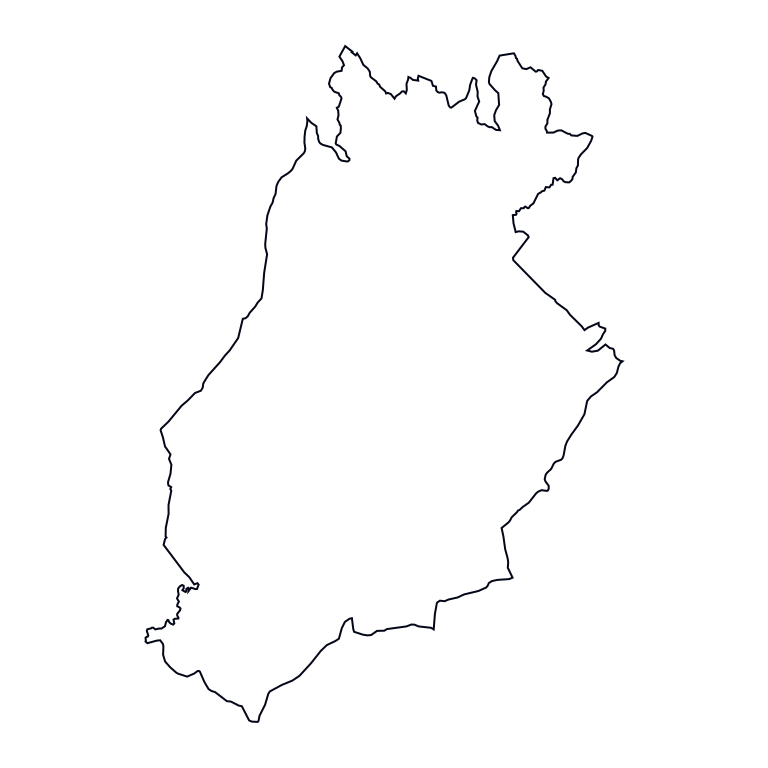 outline of Nemocón, Cundinamarca, Colombia
{"feature_id": "7082276B92321812623642", "entity_name": "Nemocón", "entity_type": "district", "adm_level": 2, "iso_a3": "COL", "parent_name": "Colombia", "parent_adm1": "Cundinamarca", "projection": "robinson", "projection_center": [-73.878, 5.094], "detail": "fine", "context": "isolated", "style": "outline", "palette": "ink", "viewbox_px": 768, "rotation_deg": 0, "n_neighbors": 0, "source": "geoboundaries", "source_scale": "gbopen_adm2", "svg_char_len": 6025}
<svg xmlns="http://www.w3.org/2000/svg" viewBox="0 0 768 768"><path d="M433.7,629.4L434.9,614.0L436.8,603.4L437.3,602.4L439.9,600.7L444.7,601.2L448.6,599.5L457.5,597.5L464.2,594.4L478.4,591.0L486.2,587.5L487.7,585.7L488.9,583.0L491.9,581.1L497.4,579.9L509.1,579.1L512.6,577.7L507.8,567.8L508.2,562.3L507.6,558.1L505.2,549.3L503.4,536.4L501.6,528.0L508.5,522.4L510.0,520.6L511.6,517.4L517.1,512.0L517.9,510.6L519.5,510.0L522.8,506.9L528.8,502.7L536.0,493.5L538.1,491.7L541.5,490.2L546.9,490.9L547.9,490.5L548.7,488.7L548.7,485.8L545.4,481.3L544.7,479.1L545.6,475.0L546.8,473.0L551.2,468.9L553.9,463.4L555.6,461.8L561.2,459.7L562.5,458.3L563.6,455.4L565.4,445.7L567.1,441.4L571.5,434.4L577.9,425.6L584.4,414.3L587.2,400.9L591.0,396.4L597.0,392.3L606.9,382.3L614.3,377.0L616.8,373.1L618.5,366.5L620.2,363.1L622.5,361.3L620.3,360.8L616.2,358.0L614.6,355.2L614.1,350.4L613.1,348.8L609.7,348.0L605.5,344.5L597.8,350.7L591.9,351.7L587.2,350.5L596.0,344.2L601.0,338.7L603.1,334.0L605.2,331.0L605.3,328.6L599.7,326.6L598.7,325.4L598.6,322.9L588.0,327.6L584.5,330.1L581.6,326.2L570.1,314.9L566.7,310.2L557.1,303.2L555.4,301.3L555.1,299.8L545.3,292.9L513.3,260.2L513.0,257.7L528.7,237.1L527.9,235.4L523.3,231.7L518.8,231.3L515.7,232.1L513.5,223.2L512.8,215.1L516.0,214.8L516.6,213.7L516.1,212.3L516.4,211.0L519.0,211.2L521.0,208.2L523.7,208.2L524.8,206.7L525.5,206.6L527.7,208.2L528.7,208.1L530.3,205.7L533.4,203.4L538.1,193.9L541.1,192.2L541.7,191.4L544.4,190.6L545.8,187.1L549.4,187.4L551.1,184.8L552.6,184.7L553.5,178.2L555.1,177.8L557.3,180.3L560.1,178.2L562.2,179.3L563.7,181.4L565.6,182.2L569.2,182.4L571.3,180.6L572.4,179.1L572.7,176.8L575.8,172.5L576.4,168.2L577.9,165.5L578.1,159.5L578.6,157.8L581.0,154.3L587.2,148.0L591.2,140.7L592.5,136.7L592.1,136.0L585.3,132.9L582.6,133.4L577.3,135.9L571.3,135.4L569.9,133.9L567.7,133.7L561.4,130.4L558.0,130.5L553.3,132.6L547.0,132.6L546.8,131.0L545.5,129.0L545.4,126.7L547.4,123.3L547.4,119.8L549.9,113.4L549.9,109.4L551.5,104.1L550.8,101.7L548.9,98.3L546.1,96.7L544.0,96.1L542.8,94.2L543.7,90.8L543.5,87.6L545.6,84.2L545.9,81.6L548.6,78.0L546.1,76.5L542.3,70.8L538.1,70.0L536.8,71.5L535.6,71.6L530.5,67.3L526.3,69.1L522.3,68.3L517.6,61.0L517.0,58.8L516.0,58.1L515.5,56.0L513.9,53.3L499.6,55.6L497.2,61.0L491.3,71.2L489.3,77.2L488.9,82.1L489.5,84.0L495.1,90.3L498.3,93.1L499.1,105.0L496.0,110.2L494.2,115.2L494.7,121.1L498.1,125.7L499.9,130.2L496.0,129.9L491.8,127.1L489.7,127.2L487.5,126.3L484.7,124.1L481.3,124.5L478.0,122.9L477.2,120.3L477.6,117.7L476.4,116.4L474.9,110.9L479.2,101.5L477.5,96.5L477.7,91.9L476.0,84.7L476.6,80.2L474.6,78.3L473.0,77.8L472.3,79.0L470.1,84.9L469.3,90.3L466.1,98.1L464.8,99.3L459.1,101.7L451.4,107.6L450.1,107.4L448.7,105.5L446.3,95.5L445.0,93.3L443.9,92.6L441.4,92.3L439.5,92.7L437.9,92.2L436.3,90.5L436.0,86.6L433.0,85.8L431.4,80.9L418.5,75.8L417.8,78.6L418.2,80.6L412.9,79.9L410.5,77.9L408.4,77.0L408.1,79.5L406.5,83.8L406.8,90.0L405.8,93.4L403.8,91.3L401.9,91.5L400.1,93.4L395.9,96.3L394.5,98.7L390.9,94.1L387.7,92.9L386.1,93.5L385.3,91.4L380.0,86.7L379.3,84.7L377.6,83.6L376.3,81.4L370.8,77.2L370.1,75.6L369.8,71.7L367.7,68.5L363.3,64.8L360.3,58.3L357.1,53.3L355.7,55.4L351.7,52.2L352.3,51.6L345.2,46.1L339.4,56.6L342.5,61.3L344.0,65.2L342.0,67.4L341.6,70.8L336.6,71.7L334.1,73.2L330.5,78.2L329.0,83.7L330.2,87.2L331.6,87.8L332.9,90.3L334.5,91.8L338.8,93.3L339.3,95.1L341.1,97.0L341.5,98.5L338.8,106.7L336.8,107.8L338.2,110.7L338.3,112.4L338.5,115.5L337.5,119.4L339.4,122.9L339.8,124.8L340.7,125.5L340.9,128.3L340.4,132.9L336.9,136.5L335.7,143.4L336.4,144.6L339.4,145.9L345.6,151.3L346.7,156.2L349.5,158.7L349.4,160.1L348.3,161.2L347.0,161.5L341.5,160.6L338.9,158.7L336.0,152.4L331.9,147.4L322.9,144.9L320.3,143.4L319.2,142.0L318.2,139.0L318.1,136.0L316.8,132.9L316.4,126.3L311.3,122.8L307.1,118.4L307.4,121.1L306.7,126.3L305.3,130.4L304.6,136.3L304.4,142.5L305.3,148.7L304.8,151.4L303.9,153.1L296.3,160.6L292.7,168.6L291.1,170.7L288.0,173.3L281.6,177.3L278.3,181.8L276.5,185.9L275.5,194.2L273.7,197.8L272.6,202.6L270.3,206.8L267.4,215.4L266.2,224.0L266.8,228.7L265.2,244.0L265.4,247.8L267.1,254.3L264.2,272.5L262.8,290.4L261.5,298.4L257.5,302.8L255.3,306.5L249.7,312.8L247.7,316.4L245.4,318.3L242.8,318.8L238.2,338.0L229.7,350.4L225.0,355.5L220.0,362.2L208.4,375.1L204.2,381.8L203.2,383.8L202.7,387.7L200.9,390.7L195.0,393.0L187.6,400.6L181.6,405.7L168.6,421.5L161.0,428.8L160.6,430.3L162.9,437.3L165.0,446.4L170.5,454.4L169.0,458.9L171.4,464.8L170.5,473.7L168.0,482.3L168.4,485.4L171.2,487.1L170.3,489.1L171.3,490.6L168.5,505.1L168.6,513.9L165.8,527.8L165.6,536.5L166.5,537.5L165.1,539.0L163.6,544.9L184.3,572.4L189.3,577.2L194.2,584.4L197.5,583.2L198.6,584.7L197.0,589.0L195.6,589.1L191.1,587.7L188.4,591.3L188.6,588.0L188.2,587.7L186.4,588.9L186.0,591.7L185.5,592.0L182.4,590.2L183.7,588.4L183.7,585.8L182.1,585.0L179.8,586.4L178.1,588.7L178.0,591.2L178.7,594.7L177.0,598.4L178.9,601.6L177.4,604.3L177.2,606.2L179.8,607.6L180.5,608.5L179.9,610.5L177.2,613.9L177.2,615.5L178.4,617.6L178.4,618.5L174.7,618.8L173.5,619.6L174.3,623.4L173.2,624.6L170.5,623.5L168.8,621.6L168.5,620.2L167.6,619.9L166.0,622.1L165.0,626.2L161.4,628.6L159.3,628.5L155.3,629.4L153.3,627.7L152.1,627.6L151.2,628.3L147.3,629.3L146.8,630.8L148.3,635.7L147.7,636.7L146.6,636.8L145.5,637.9L145.9,640.5L145.5,641.5L147.4,643.2L156.8,640.6L160.2,640.3L163.0,644.1L163.4,646.6L163.1,654.8L165.1,661.5L170.1,667.2L176.1,672.5L177.9,673.6L187.1,676.6L194.3,673.5L197.5,671.1L198.7,670.9L199.8,671.5L204.5,682.2L208.6,689.1L211.5,691.0L215.1,692.1L226.9,701.2L230.7,701.5L238.8,705.6L241.8,706.2L249.1,720.4L251.8,721.6L257.2,721.9L258.0,721.7L258.6,720.6L259.5,715.8L265.1,704.7L268.3,693.8L269.9,691.4L281.7,685.0L292.3,680.6L299.4,675.9L310.9,663.4L320.8,650.9L326.8,645.1L335.4,641.0L338.9,638.7L341.8,628.2L344.4,622.9L345.0,621.8L349.6,618.7L351.9,618.2L353.3,629.3L354.1,631.8L363.0,634.7L367.6,635.4L371.2,635.0L377.0,630.9L384.3,630.7L386.9,629.1L406.5,626.4L411.4,624.5L414.6,624.7L418.5,626.4L431.1,627.8L433.7,629.4Z" fill="none" stroke="#020617" stroke-width="2"/></svg>